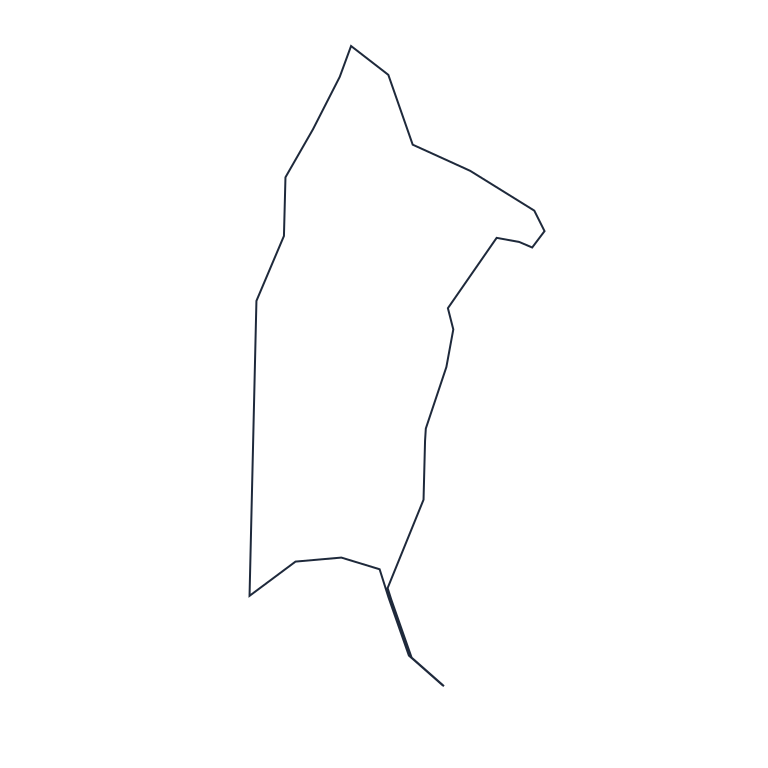 outline of Geumcheon-gu, Seoul, South Korea, rotated 37°
{"feature_id": "91817680B69479464976516", "entity_name": "Geumcheon-gu", "entity_type": "district", "adm_level": 2, "iso_a3": "KOR", "parent_name": "South Korea", "parent_adm1": "Seoul", "projection": "mercator", "projection_center": [126.913, 37.452], "detail": "fine", "context": "isolated", "style": "outline", "palette": "slate", "viewbox_px": 768, "rotation_deg": 37, "n_neighbors": 0, "source": "geoboundaries", "source_scale": "gbopen_adm2", "svg_char_len": 549}
<svg xmlns="http://www.w3.org/2000/svg" viewBox="0 0 768 768"><g transform="rotate(37 384 384)"><path d="M404.1,634.1L420.2,579.1L454.4,548.3L492.0,534.6L516.0,551.7L567.3,585.9L611.7,589.3L613.7,589.2L570.7,585.9L519.4,551.7L509.7,544.8L485.2,452.6L451.0,404.7L444.2,394.4L423.6,332.9L406.5,298.7L389.4,285.0L386.0,199.5L406.5,189.2L420.2,185.8L420.2,165.3L399.7,155.1L324.5,161.9L262.9,175.6L201.4,134.5L154.3,133.9L163.8,165.3L174.0,223.4L180.9,278.2L215.0,326.0L232.1,394.4L404.1,634.1Z" fill="none" stroke="#1e293b" stroke-width="2"/></g></svg>